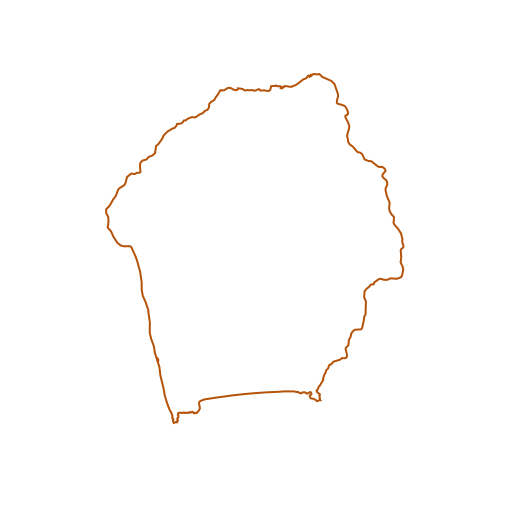 the district of Kwamouth, Bandundu, Democratic Republic of the Congo, rotated 323°
{"feature_id": "63176286B12311619160810", "entity_name": "Kwamouth", "entity_type": "district", "adm_level": 2, "iso_a3": "COD", "parent_name": "Democratic Republic of the Congo", "parent_adm1": "Bandundu", "projection": "robinson", "projection_center": [16.578, -3.619], "detail": "fine", "context": "isolated", "style": "outline", "palette": "amber", "viewbox_px": 512, "rotation_deg": 323, "n_neighbors": 0, "source": "geoboundaries", "source_scale": "gbopen_adm2", "svg_char_len": 5902}
<svg xmlns="http://www.w3.org/2000/svg" viewBox="0 0 512 512"><g transform="rotate(323 256 256)"><path d="M417.1,189.7L415.8,187.3L413.5,184.4L412.7,183.0L412.8,182.2L414.5,180.3L417.6,177.9L418.9,176.1L422.2,165.8L421.5,161.5L416.7,152.8L416.1,148.9L413.6,147.4L412.7,146.2L411.0,145.1L410.4,145.3L408.6,144.2L408.3,144.3L408.4,145.4L406.5,145.1L406.3,143.5L405.4,143.5L403.5,144.3L399.8,143.4L394.3,143.5L390.3,143.4L387.7,142.4L386.6,142.5L384.6,141.0L383.5,139.6L380.9,137.4L379.9,137.9L377.3,137.6L376.8,136.8L378.2,136.1L376.9,134.4L375.6,133.7L374.6,131.9L374.1,132.0L370.4,129.5L367.0,132.1L365.5,131.8L363.7,130.4L362.4,128.7L359.2,126.7L358.8,124.5L354.5,123.3L352.6,121.1L349.9,119.2L348.7,117.9L347.5,117.7L346.3,116.5L346.0,115.0L345.0,113.7L344.6,113.2L342.4,111.2L342.0,111.8L340.9,112.0L339.8,111.5L337.9,109.2L337.4,107.6L336.3,105.9L334.4,104.8L330.4,104.5L328.3,103.3L328.3,102.7L326.9,102.2L323.8,103.7L318.9,105.2L316.6,106.3L312.8,105.9L311.5,106.1L310.2,106.4L307.8,109.0L306.2,109.8L304.8,110.0L302.3,109.3L299.7,109.9L296.0,109.0L291.9,108.9L290.5,108.6L288.5,106.5L284.1,105.3L281.4,105.4L280.2,104.4L277.9,105.1L275.8,105.1L272.2,103.0L270.9,104.1L268.0,104.7L265.6,103.8L263.3,103.8L260.4,103.3L254.9,104.1L252.1,105.7L249.9,106.5L245.2,107.9L242.4,108.0L237.4,113.0L233.8,113.4L229.8,112.3L226.8,113.0L224.4,112.1L222.7,111.5L220.5,111.8L219.0,112.5L216.7,115.5L214.3,119.4L212.9,119.3L210.9,117.8L208.4,117.6L206.0,115.1L200.6,115.3L195.8,119.1L193.8,120.1L187.2,119.7L185.6,120.2L180.0,123.8L176.1,124.8L169.8,127.6L164.3,128.6L162.3,131.4L161.4,136.1L158.9,139.7L156.9,141.9L154.7,143.9L155.1,149.0L153.7,154.9L153.2,162.1L154.4,166.4L156.3,168.7L161.1,172.2L161.8,173.8L159.3,184.8L157.7,189.5L153.9,199.0L148.9,208.1L144.4,214.2L141.6,219.7L140.0,226.7L137.2,234.9L136.6,235.4L131.3,245.1L124.9,253.4L122.3,259.3L120.2,266.5L117.1,272.1L114.7,278.9L115.7,278.3L115.8,278.8L115.5,280.1L114.8,281.0L114.0,281.3L114.0,280.9L112.1,286.4L107.7,293.9L102.3,306.5L99.2,312.5L96.2,320.6L95.9,322.0L95.3,323.4L95.2,324.2L95.1,324.8L94.9,325.3L94.7,325.9L94.6,326.2L94.4,327.4L94.3,328.4L94.3,329.1L94.2,329.6L94.1,329.9L94.1,330.2L93.9,330.5L93.8,330.9L93.7,331.4L93.6,331.7L93.3,332.1L93.4,332.4L93.3,332.7L92.7,333.9L92.5,334.2L91.9,334.4L91.7,334.7L91.6,335.2L91.6,335.6L91.8,335.8L91.9,336.2L91.7,336.7L91.3,336.9L90.7,337.2L90.5,338.0L89.8,339.5L89.8,339.9L90.3,340.0L90.9,340.2L91.3,340.1L91.8,340.2L92.1,340.5L92.4,341.0L92.7,341.3L92.8,341.3L93.2,341.1L93.5,341.1L93.6,340.9L93.8,340.6L93.7,340.4L93.8,340.2L94.1,340.1L94.6,340.2L94.7,339.8L94.7,339.5L94.8,339.3L95.4,338.9L95.5,338.7L95.5,338.3L95.6,338.2L95.9,338.2L96.2,338.2L96.7,338.1L97.0,338.0L97.1,337.9L97.2,337.6L97.4,337.3L97.6,336.9L97.8,336.6L98.0,336.6L98.1,336.3L98.0,336.2L97.9,336.1L97.9,335.9L98.0,335.8L98.2,335.6L98.3,335.5L98.6,335.5L98.7,335.3L98.9,335.1L99.0,335.0L99.1,334.9L99.4,334.8L99.5,334.6L99.8,334.7L100.2,334.9L100.6,335.1L100.9,335.5L101.1,335.6L101.4,335.7L102.1,336.4L102.4,336.9L102.5,337.0L103.0,337.0L103.3,337.1L103.7,337.2L103.8,337.4L103.8,337.6L104.0,337.7L104.3,337.8L104.4,338.0L104.5,338.3L104.8,338.3L105.1,338.6L105.4,338.9L105.5,339.1L105.9,339.2L106.0,339.3L106.1,339.5L106.8,340.0L107.0,340.1L107.3,340.0L107.5,340.2L107.6,340.5L108.4,340.7L108.6,340.7L108.7,340.9L108.7,341.1L108.9,341.1L109.1,341.0L109.3,341.2L109.6,341.7L109.7,341.8L110.1,341.8L110.6,341.8L111.0,341.9L111.2,342.1L111.4,342.3L111.5,342.3L111.7,342.6L111.7,342.9L111.8,343.0L111.7,343.6L111.7,343.8L111.8,343.8L112.2,344.0L112.4,344.1L112.5,344.2L112.5,344.5L112.5,344.8L114.0,345.2L114.2,345.7L116.3,345.3L117.5,345.0L118.4,344.5L119.6,343.8L120.4,342.2L121.5,339.9L122.5,338.6L124.4,338.3L126.2,338.8L128.9,339.7L132.0,341.4L139.5,345.4L153.4,353.2L163.5,359.2L172.5,364.8L182.2,371.1L189.9,376.4L197.6,381.5L204.8,387.0L207.0,389.5L207.8,389.9L208.4,391.9L209.6,392.9L211.2,392.9L213.1,394.4L213.9,396.7L217.3,397.2L217.8,398.0L217.7,398.7L216.9,399.9L215.4,399.6L214.5,400.3L214.1,401.7L214.3,402.9L216.1,404.8L216.9,406.5L217.2,408.3L217.6,408.8L219.8,409.3L220.5,409.8L220.5,409.6L220.7,409.1L220.9,408.8L220.9,408.4L221.2,407.9L221.8,407.5L222.0,406.9L222.2,406.3L222.5,405.8L222.7,405.4L223.1,405.3L223.5,405.3L223.7,405.2L223.7,404.8L223.7,404.3L223.5,403.7L223.4,403.3L223.3,402.9L223.2,402.4L223.0,402.1L223.0,401.9L223.1,401.5L223.0,400.9L223.4,400.1L223.6,400.0L223.9,399.7L224.3,399.8L224.6,399.8L225.3,399.5L226.0,399.1L226.6,398.8L227.1,398.3L228.0,398.0L228.4,398.1L234.8,395.6L236.2,393.9L239.1,392.0L241.9,390.7L243.5,389.4L245.9,389.2L248.6,387.3L249.5,387.2L250.7,387.8L254.3,387.0L260.7,389.4L263.5,389.4L264.8,390.7L266.5,391.5L267.6,391.3L268.5,390.6L269.7,388.6L271.5,384.3L272.6,383.4L276.0,382.9L279.8,378.9L282.9,377.5L285.5,375.2L288.2,374.4L290.6,374.4L295.5,377.7L296.5,377.7L297.8,377.1L303.9,371.8L305.9,369.6L308.0,368.7L309.2,367.5L316.4,358.5L317.6,353.9L321.4,349.6L322.4,349.3L324.6,348.7L327.4,348.7L330.7,348.0L333.0,349.4L334.4,348.3L339.9,348.4L341.6,349.0L343.9,352.0L346.4,354.0L350.0,354.8L354.8,359.0L358.9,360.2L360.9,359.5L365.1,355.8L366.7,352.9L367.6,348.2L371.4,344.2L374.8,338.8L375.8,338.0L378.8,337.7L379.7,336.9L381.3,332.7L383.1,330.7L385.4,325.2L385.8,319.9L385.4,313.7L385.8,312.3L389.1,308.7L389.7,307.5L389.3,305.2L389.6,301.3L390.7,298.4L394.8,293.9L396.6,286.8L399.1,281.3L400.4,279.8L403.5,278.2L404.4,277.2L405.3,275.5L405.6,274.1L404.8,270.4L404.8,268.4L405.8,267.4L407.1,266.8L410.6,266.1L411.2,264.7L411.3,263.7L410.5,260.8L408.1,259.2L407.3,258.0L405.1,249.7L403.1,247.9L401.0,244.6L401.0,243.6L402.0,239.1L401.9,237.6L401.1,235.7L400.0,234.7L399.5,233.3L399.2,227.2L398.0,223.0L398.3,220.2L399.5,218.4L400.9,215.0L404.3,212.1L405.9,211.2L408.6,208.6L410.0,204.6L410.8,199.2L411.7,197.9L413.5,197.8L414.0,198.2L414.9,197.9L416.0,196.7L416.6,194.8L417.3,190.9L417.1,189.7Z" fill="none" stroke="#b45309" stroke-width="2"/></g></svg>